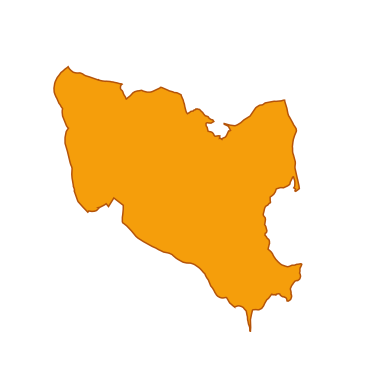 Papiu Ilarian, Mures, Romania, rotated 258°
{"feature_id": "2599482B30644499185341", "entity_name": "Papiu Ilarian", "entity_type": "district", "adm_level": 2, "iso_a3": "ROU", "parent_name": "Romania", "parent_adm1": "Mures", "projection": "equal_earth", "projection_center": [24.217, 46.568], "detail": "fine", "context": "isolated", "style": "filled", "palette": "amber", "viewbox_px": 384, "rotation_deg": 258, "n_neighbors": 0, "source": "geoboundaries", "source_scale": "gbopen_adm2", "svg_char_len": 5964}
<svg xmlns="http://www.w3.org/2000/svg" viewBox="0 0 384 384"><g transform="rotate(258 192 192)"><path d="M173.0,297.7L175.7,297.9L182.0,297.9L183.8,297.8L194.1,297.7L195.8,298.1L198.4,299.0L200.0,299.3L207.6,298.9L208.9,298.7L210.6,298.8L214.1,299.5L215.5,299.6L219.9,301.1L222.4,302.1L224.0,303.0L226.1,304.2L229.4,306.5L230.2,306.9L232.4,307.0L235.1,306.0L236.4,305.4L238.2,305.0L244.9,303.0L246.0,302.5L247.1,302.3L248.9,302.1L254.2,302.2L260.9,301.6L262.6,301.7L262.8,300.5L262.6,298.4L263.2,293.0L263.7,291.2L263.8,287.6L263.9,282.1L262.7,279.4L262.6,278.8L262.8,276.6L262.7,275.8L261.6,272.8L261.0,271.7L254.2,264.6L251.7,257.7L249.6,254.1L248.3,250.4L247.9,248.3L247.9,247.7L248.1,247.1L249.5,243.1L250.5,241.1L252.3,237.7L251.9,237.5L251.4,237.8L249.8,240.0L248.6,241.3L244.2,242.5L243.9,241.1L244.1,240.5L240.6,237.9L239.2,236.6L238.7,235.8L238.3,233.7L238.0,232.7L237.2,232.2L238.9,230.7L238.8,230.0L240.2,230.6L241.1,230.9L241.5,229.4L241.7,226.2L242.6,225.5L244.3,225.1L245.9,224.3L246.9,223.0L247.6,221.3L248.3,220.3L252.0,220.3L253.4,219.7L254.3,219.6L256.2,220.0L256.6,221.0L256.5,221.7L256.1,222.5L255.4,224.9L256.4,228.0L258.2,227.3L259.0,225.6L260.6,224.1L262.3,223.4L263.4,221.7L263.5,221.3L263.8,220.8L265.9,219.6L267.5,219.0L269.1,217.8L271.1,216.6L271.3,216.3L271.5,215.4L271.9,215.0L272.1,214.6L272.4,213.0L271.9,212.8L271.6,210.6L271.0,210.0L271.0,208.9L271.1,207.7L270.3,206.2L269.5,203.8L271.1,203.1L272.4,202.9L276.9,202.7L279.6,202.8L281.8,202.5L283.6,202.5L288.0,201.6L289.4,201.5L291.0,199.5L292.0,198.2L292.5,197.1L292.9,195.5L294.0,194.0L295.7,190.7L296.6,189.6L300.3,184.4L300.8,183.5L300.9,183.2L300.9,182.8L300.4,182.3L298.6,174.5L298.4,173.0L298.4,171.7L299.0,168.9L300.4,166.1L301.3,164.6L301.9,164.0L302.0,163.5L302.0,161.3L302.2,159.6L302.0,157.0L301.3,154.9L299.0,151.7L298.5,150.7L297.4,148.5L296.6,147.2L296.7,146.9L298.7,146.6L301.7,145.5L304.7,145.1L305.6,144.8L306.8,143.9L307.7,143.6L308.6,143.6L310.0,144.0L311.0,144.5L311.9,145.6L312.0,146.0L312.3,145.8L313.0,143.8L314.3,141.4L315.4,138.8L316.0,137.7L316.5,136.1L317.1,134.9L318.3,130.8L318.2,130.5L319.2,127.6L320.8,124.0L321.2,124.1L321.3,124.0L321.4,123.7L321.3,123.2L325.8,115.8L327.9,112.0L328.8,110.9L330.2,109.6L331.4,107.9L331.8,107.1L332.1,105.1L332.6,103.2L333.8,100.8L335.9,99.0L337.6,97.9L338.4,97.5L340.3,96.9L339.6,95.7L338.7,93.5L337.0,90.6L336.1,88.7L334.0,86.4L332.0,84.0L328.7,81.4L326.8,80.3L322.3,78.6L319.2,78.1L318.1,78.0L316.2,78.2L313.1,78.8L312.0,79.2L307.1,80.2L306.5,80.3L304.9,81.1L302.3,81.9L300.7,82.7L300.3,82.7L299.0,82.1L297.0,81.6L293.2,81.2L282.8,83.0L280.5,84.0L280.1,84.4L277.9,82.1L277.0,81.4L271.8,79.2L270.1,78.8L266.2,78.0L265.3,78.0L264.2,78.1L257.7,78.6L246.2,78.9L243.8,79.1L242.0,79.5L240.7,79.6L240.0,79.6L234.3,78.1L230.6,77.6L223.4,77.3L222.1,77.1L220.4,77.4L219.1,77.5L218.1,77.4L217.7,77.3L217.5,77.0L216.0,77.2L207.5,78.3L206.2,78.6L199.9,82.2L193.9,85.9L194.3,86.4L194.9,87.1L193.8,90.0L193.5,92.3L193.6,94.0L193.8,94.9L195.9,98.0L196.2,97.5L196.2,98.7L197.3,102.8L197.8,104.4L198.4,105.6L195.1,107.3L202.4,114.3L193.3,122.0L189.2,121.1L184.7,119.7L181.7,118.6L177.5,117.7L177.1,117.7L175.9,118.1L175.3,118.8L172.5,121.1L166.4,124.8L160.2,128.0L158.1,129.6L153.5,134.3L146.9,141.9L144.7,145.0L142.5,147.4L141.1,149.3L139.2,151.7L137.4,155.9L136.7,157.2L135.2,159.2L134.6,159.8L134.0,160.1L130.6,162.7L129.0,164.3L126.2,167.5L125.2,168.7L124.4,170.4L123.7,172.0L123.3,173.5L122.8,175.6L122.3,176.6L121.1,178.6L120.1,179.8L116.9,182.8L115.5,183.9L113.0,185.4L111.1,186.4L109.3,187.6L107.5,187.9L105.1,188.6L102.6,189.7L96.3,190.8L93.8,192.1L91.2,193.0L89.1,193.5L86.1,194.6L84.7,195.5L83.2,197.2L82.5,198.4L82.2,199.1L81.9,200.3L81.8,203.1L81.6,203.7L80.9,204.1L75.7,205.8L71.7,208.8L70.8,209.6L71.0,209.6L70.8,210.5L71.1,213.2L70.9,214.3L69.8,216.5L68.3,218.2L66.9,218.8L64.9,220.0L64.3,220.3L63.6,220.3L60.3,220.2L58.4,220.3L56.1,219.9L55.2,219.8L54.3,219.9L51.0,219.8L49.4,220.1L47.5,220.3L46.1,220.1L44.2,219.7L43.8,219.9L43.7,220.2L47.2,221.2L55.0,222.6L59.9,224.7L63.7,226.5L64.0,226.8L64.1,227.4L63.7,230.1L63.0,232.1L62.9,233.2L63.4,234.9L63.6,235.9L65.7,238.3L68.0,240.0L71.1,242.8L72.0,244.7L75.4,248.6L75.1,249.0L75.1,249.5L74.9,249.7L74.6,249.8L74.5,250.4L74.5,251.3L74.4,251.6L74.1,251.8L73.8,252.5L73.8,252.8L74.5,253.2L74.5,255.6L74.2,256.2L73.6,256.9L72.7,256.9L71.5,258.0L70.9,258.6L70.6,259.1L70.4,259.7L70.5,260.1L70.0,260.5L69.8,260.7L69.6,261.2L68.8,262.0L67.5,262.4L65.7,262.3L65.5,262.7L65.3,263.7L65.5,264.0L65.8,265.1L66.7,266.4L68.9,267.7L69.6,267.7L70.2,267.9L70.6,267.9L71.3,267.6L71.7,267.8L72.2,267.7L72.9,268.0L73.9,268.1L76.4,268.0L76.9,268.1L77.7,268.5L77.9,268.8L78.6,269.2L79.9,270.2L81.0,271.5L81.7,272.1L83.4,274.2L83.5,274.6L83.6,276.3L83.4,276.7L83.4,277.0L84.2,278.7L84.6,279.3L85.0,279.6L86.6,280.5L87.2,280.7L89.2,280.7L90.3,280.3L91.5,280.9L92.4,281.2L93.9,281.4L95.5,282.1L96.0,282.7L98.3,284.3L98.8,284.2L99.2,283.4L99.3,280.7L99.5,279.3L99.1,277.4L99.2,276.6L99.6,274.7L99.0,271.6L99.0,269.9L100.0,268.0L101.9,264.9L103.1,263.6L105.6,261.8L108.8,259.9L111.7,258.7L113.3,258.2L114.8,257.9L116.7,257.1L117.8,256.4L120.3,254.5L124.9,256.7L125.4,257.1L127.8,257.5L128.9,257.4L129.6,257.2L130.3,256.7L130.6,256.3L131.3,255.9L133.1,255.3L134.5,254.4L135.9,254.8L136.5,255.2L136.6,255.9L137.2,256.6L138.5,257.2L143.0,257.0L145.0,256.3L145.3,256.3L145.9,256.7L149.7,258.1L150.8,258.2L151.6,258.2L154.0,257.0L154.9,257.0L155.6,257.1L158.2,258.4L160.0,259.2L161.5,260.0L162.1,260.5L163.0,261.7L163.4,263.3L164.6,264.8L165.0,265.5L165.1,266.2L165.7,266.7L167.4,266.7L170.6,267.3L170.8,267.4L172.0,270.1L173.2,272.0L174.1,272.7L174.8,273.5L177.1,274.8L177.5,275.2L177.9,278.9L177.8,279.9L177.1,282.4L178.1,286.8L179.1,289.1L180.1,289.7L181.3,290.2L184.4,292.7L185.5,293.4L185.7,293.9L185.7,294.4L181.6,294.8L179.4,294.5L177.0,293.9L175.9,293.4L174.9,292.4L173.4,293.9L171.7,292.9L171.1,293.6L172.0,295.7L173.0,297.7Z" fill="#f59e0b" stroke="#b45309" stroke-width="1.5"/></g></svg>